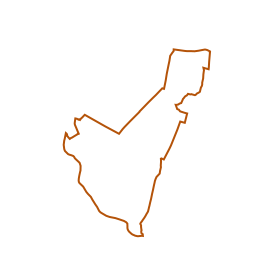 the district of Seitin, Arad, Romania, rotated 19°
{"feature_id": "2599482B44381411397281", "entity_name": "Seitin", "entity_type": "district", "adm_level": 2, "iso_a3": "ROU", "parent_name": "Romania", "parent_adm1": "Arad", "projection": "natural_earth1", "projection_center": [20.85, 46.157], "detail": "fine", "context": "isolated", "style": "outline", "palette": "amber", "viewbox_px": 256, "rotation_deg": 19, "n_neighbors": 0, "source": "geoboundaries", "source_scale": "gbopen_adm2", "svg_char_len": 3154}
<svg xmlns="http://www.w3.org/2000/svg" viewBox="0 0 256 256"><g transform="rotate(19 128 128)"><path d="M177.2,225.2L176.5,223.6L175.8,223.4L175.5,223.3L174.8,222.9L174.4,222.0L174.1,221.2L174.1,220.2L173.9,220.1L173.8,219.9L173.3,218.8L173.0,218.2L172.5,217.2L172.2,216.2L172.0,215.8L171.7,215.4L171.5,215.2L171.1,214.9L170.8,214.6L170.8,214.2L170.9,213.7L171.1,212.9L171.5,211.8L171.9,210.2L172.5,208.2L172.8,207.1L173.2,205.2L173.6,202.8L173.9,201.6L174.1,200.3L174.0,199.3L173.9,198.1L173.9,197.8L173.7,196.3L173.6,194.6L173.2,191.2L172.9,187.6L172.5,184.5L172.2,182.3L171.8,178.4L171.2,173.7L170.9,170.8L170.7,169.4L170.7,167.3L170.9,165.0L172.8,160.8L172.3,158.2L171.9,154.4L171.2,152.8L170.2,149.1L169.1,146.3L169.5,145.9L172.1,146.1L173.4,137.4L173.9,134.0L174.3,130.6L174.7,123.1L175.2,113.3L175.3,104.9L180.0,104.6L179.2,95.0L178.2,95.1L176.3,95.2L171.9,95.3L170.0,94.1L168.8,94.1L168.4,94.1L165.6,90.6L166.1,90.5L166.8,90.0L167.6,89.6L168.0,89.3L168.5,88.5L168.9,88.1L169.3,87.7L169.6,87.5L169.9,87.3L170.2,87.1L170.2,86.9L170.3,86.0L170.5,83.8L170.5,82.8L171.0,81.6L171.6,79.8L171.7,79.6L172.0,79.1L172.5,78.6L172.9,78.2L173.0,77.9L173.3,77.3L173.4,77.0L173.5,76.6L173.6,76.2L175.5,76.0L176.1,75.9L176.4,75.8L176.6,75.6L176.8,75.4L180.3,75.2L180.7,75.1L181.0,74.8L181.3,74.4L181.5,74.0L181.7,73.5L181.9,73.0L182.2,72.7L183.3,71.6L184.2,70.3L184.0,68.6L183.8,66.2L183.8,65.9L184.1,64.4L184.1,63.7L184.0,62.7L183.4,61.0L182.9,56.6L181.8,52.7L181.0,48.6L179.7,46.5L185.1,46.2L185.0,45.7L184.9,45.3L184.8,44.9L184.5,43.7L183.1,38.7L181.1,30.7L180.8,29.4L180.7,29.4L180.7,29.1L180.6,28.9L177.7,28.5L175.9,28.6L175.1,28.8L172.6,30.2L169.5,32.0L167.1,33.2L166.1,33.7L164.9,34.1L161.9,35.0L160.8,35.4L158.8,36.1L157.2,36.5L155.8,36.8L145.6,38.8L146.1,40.5L145.5,42.1L144.4,46.0L145.3,51.0L146.0,56.6L147.0,64.1L148.2,70.9L149.3,79.1L149.3,79.3L147.5,79.3L143.6,87.8L141.9,91.1L139.0,97.0L133.5,108.7L133.6,109.0L127.9,120.7L124.4,128.2L123.3,130.8L121.4,136.4L106.0,133.9L82.8,129.6L81.3,132.9L81.1,133.3L80.5,134.3L80.0,136.0L79.0,135.7L78.8,136.2L78.3,136.2L76.7,135.9L75.1,136.1L75.9,140.2L76.2,141.3L76.9,142.4L78.8,144.5L80.4,146.3L82.0,148.1L83.3,149.5L83.0,149.8L82.3,149.9L82.0,150.7L79.8,153.3L78.2,155.3L77.8,155.6L77.0,156.4L76.8,156.9L76.5,157.3L75.8,156.9L74.5,156.2L73.8,155.6L73.1,155.4L72.8,154.9L72.7,154.6L72.5,154.0L72.1,153.6L71.6,153.3L70.9,153.0L71.7,159.0L71.8,160.7L72.7,164.9L74.6,168.7L75.8,170.2L77.6,171.1L79.9,172.2L81.3,172.3L83.4,172.2L85.4,172.3L86.4,172.8L87.6,173.9L88.6,174.4L91.7,175.8L93.5,176.6L95.5,179.2L96.9,183.6L97.1,185.9L97.5,189.2L97.9,191.6L98.4,193.6L99.1,195.0L100.1,195.9L104.7,198.0L105.4,198.6L109.4,202.0L111.7,203.4L115.3,205.2L117.7,207.4L121.9,210.8L124.5,212.7L127.7,215.8L129.4,216.7L131.6,217.2L136.1,218.1L139.6,218.1L145.4,217.3L149.6,217.2L154.4,217.2L157.0,217.7L158.5,218.6L159.5,221.2L160.0,222.7L160.7,223.9L161.6,224.8L162.7,225.6L165.7,226.9L166.3,227.1L166.8,227.2L167.5,227.3L169.1,227.4L169.6,227.5L170.6,227.4L170.9,227.4L171.2,227.3L171.7,227.3L172.2,227.2L172.9,227.0L173.9,226.5L174.9,226.0L176.2,225.4L177.2,225.2Z" fill="none" stroke="#b45309" stroke-width="2"/></g></svg>